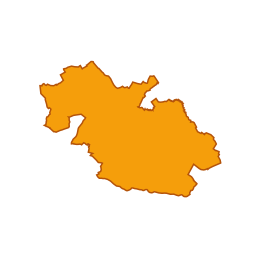 Aiviekstes pag., Plavinu, Latvia, rotated 33°
{"feature_id": "27541924B44380284961438", "entity_name": "Aiviekstes pag.", "entity_type": "district", "adm_level": 2, "iso_a3": "LVA", "parent_name": "Latvia", "parent_adm1": "Plavinu", "projection": "albers", "projection_center": [25.79, 56.661], "detail": "fine", "context": "isolated", "style": "filled", "palette": "amber", "viewbox_px": 256, "rotation_deg": 33, "n_neighbors": 0, "source": "geoboundaries", "source_scale": "gbopen_adm2", "svg_char_len": 5637}
<svg xmlns="http://www.w3.org/2000/svg" viewBox="0 0 256 256"><g transform="rotate(33 128 128)"><path d="M42.3,114.1L44.9,115.3L42.4,120.2L47.8,123.2L46.8,126.9L45.6,128.6L44.9,130.8L44.0,130.5L42.7,133.0L39.9,134.6L36.6,135.1L36.2,136.8L35.3,137.0L33.3,136.6L32.6,137.9L32.8,139.6L31.9,139.8L31.7,140.3L31.2,140.5L36.2,146.6L42.5,148.0L43.2,149.3L46.7,152.3L48.7,154.4L50.6,155.0L51.0,153.9L51.7,153.9L53.1,154.2L54.0,157.7L54.7,158.3L55.1,158.8L54.7,159.6L54.7,162.1L53.9,163.0L54.4,164.6L55.0,165.4L55.6,166.1L56.0,166.9L56.0,167.4L56.6,168.1L56.6,168.7L57.2,169.4L57.1,170.2L56.4,171.3L57.6,171.2L57.8,171.0L58.4,171.2L58.5,171.0L61.5,170.6L62.5,170.8L62.6,170.5L63.1,170.8L67.7,171.6L68.2,171.2L70.0,170.6L72.4,167.0L73.8,165.4L75.1,163.6L77.5,160.6L77.9,160.0L77.8,159.7L78.0,159.1L77.8,158.6L76.6,157.0L76.2,156.3L76.0,155.0L75.7,154.4L74.5,153.6L73.1,151.5L72.3,151.2L72.8,151.0L75.5,147.0L81.2,142.0L86.8,142.5L86.9,143.9L86.5,146.2L86.9,148.6L86.9,149.2L86.4,154.6L86.6,155.6L88.3,159.8L88.7,161.2L89.0,162.8L89.0,163.7L88.1,167.4L88.3,168.6L88.4,170.4L88.7,171.4L89.2,172.1L90.9,170.7L91.1,171.0L93.9,169.7L95.7,168.4L95.8,168.1L97.5,167.3L98.1,167.4L98.2,167.1L98.3,167.1L98.5,166.1L98.8,165.2L98.9,164.5L100.5,164.3L101.7,164.6L102.7,164.5L103.4,164.3L103.6,163.7L103.0,163.6L103.1,163.0L103.4,162.9L104.9,163.0L104.9,163.7L105.5,164.5L105.0,165.0L105.3,165.5L106.5,166.3L107.9,169.9L112.2,168.6L111.5,170.0L111.4,171.6L113.5,171.0L113.8,171.1L119.0,172.2L121.9,173.1L124.6,171.7L125.7,171.5L125.9,173.7L125.9,175.1L126.3,175.3L127.9,177.1L128.3,177.7L128.7,179.3L128.7,179.5L127.3,181.5L128.6,182.3L127.3,184.4L129.1,185.4L131.3,185.8L133.1,184.6L134.6,184.0L135.9,183.1L138.9,182.2L142.2,182.0L146.3,182.7L149.9,182.9L153.1,181.5L154.8,181.8L156.4,181.9L157.5,181.5L160.7,181.4L161.6,180.9L162.7,179.5L163.6,177.9L163.7,176.5L164.2,176.0L164.9,175.6L166.5,175.2L168.4,174.3L171.5,173.3L173.1,172.4L174.7,172.2L175.4,171.6L175.8,170.8L176.3,170.1L177.5,169.3L178.4,169.5L179.3,170.0L179.8,170.2L181.3,170.2L182.9,169.6L183.8,168.8L184.4,167.7L185.0,167.0L189.1,165.7L192.1,164.2L194.1,162.7L195.9,161.7L199.6,160.5L202.5,158.5L205.4,157.9L207.2,157.3L207.6,156.9L208.5,155.6L209.1,154.9L209.9,154.7L211.9,155.0L212.6,154.8L214.2,153.9L214.9,153.0L216.1,149.9L215.8,149.7L215.0,148.7L214.9,146.7L214.6,146.3L215.9,145.1L215.9,143.7L215.7,142.7L215.4,141.9L215.5,141.0L215.6,140.8L215.9,139.8L216.0,138.7L216.3,138.1L215.9,137.8L216.0,137.1L211.8,136.3L211.9,136.1L209.8,135.0L207.8,134.3L203.7,134.3L202.8,122.6L210.0,123.2L211.8,123.1L214.2,122.0L215.4,120.9L216.9,118.8L217.5,119.2L217.9,117.6L220.1,113.9L224.8,106.9L224.6,106.6L222.7,104.7L219.1,102.7L219.0,100.5L218.0,100.4L217.3,98.3L214.0,98.9L213.8,99.2L210.9,99.0L210.8,93.3L210.2,92.9L208.1,91.7L206.0,91.1L205.6,90.7L205.3,89.3L201.2,88.5L196.4,89.4L195.4,90.9L195.4,91.1L195.7,91.3L195.7,91.8L192.2,91.6L192.2,92.8L188.4,93.2L184.6,91.1L185.0,90.0L180.5,87.5L179.5,87.5L178.4,87.9L177.3,88.9L176.7,87.3L176.8,87.2L175.3,87.8L174.3,87.8L172.7,86.3L171.7,86.2L171.0,86.4L170.5,86.2L168.9,84.6L168.5,84.5L168.0,83.4L167.4,83.5L167.5,83.8L167.0,84.1L166.6,83.8L166.5,83.4L165.5,83.3L165.9,82.5L165.5,81.7L165.0,81.9L164.6,81.6L164.0,81.6L163.7,81.0L163.8,80.6L162.9,80.6L162.7,80.2L161.8,79.8L161.7,79.6L161.8,78.9L160.6,78.7L160.5,78.4L160.8,77.6L160.2,77.7L160.2,77.3L159.5,77.4L159.4,77.0L159.0,76.7L158.6,77.3L158.3,77.4L157.7,76.9L157.5,77.4L157.1,76.9L156.5,77.3L156.4,76.9L156.1,76.9L156.0,76.7L155.7,76.7L155.5,77.2L155.1,76.9L155.1,77.1L154.8,77.1L154.6,77.7L154.3,77.6L154.1,77.8L153.9,77.6L153.6,77.5L153.6,77.9L153.2,77.9L153.1,78.1L152.7,78.1L152.6,78.7L152.0,78.8L151.9,78.9L152.3,79.0L152.2,79.5L152.1,80.0L151.5,80.3L151.5,80.5L151.9,80.9L151.8,81.2L151.6,81.4L151.2,81.2L150.7,81.2L150.5,81.5L149.7,81.4L149.6,81.5L149.7,81.9L149.2,82.0L149.0,81.6L148.8,81.6L148.7,81.8L148.3,81.7L148.1,82.1L147.9,82.1L147.7,82.0L147.6,81.7L147.1,81.6L146.7,81.8L145.8,84.9L144.4,85.5L143.3,86.9L141.3,88.6L139.4,89.5L139.0,89.5L135.4,88.0L133.4,93.4L138.7,95.5L138.5,96.3L138.2,96.8L138.4,96.9L138.7,97.3L138.9,97.3L138.9,97.5L138.6,97.7L138.6,97.9L138.8,98.2L138.8,98.9L139.2,99.6L138.7,99.5L138.4,99.6L138.3,100.2L138.1,100.6L137.1,100.5L137.3,100.9L137.0,101.0L136.9,101.3L136.6,101.4L136.3,101.1L136.2,101.4L136.0,101.2L135.7,101.3L135.6,101.6L135.6,102.0L135.3,102.1L135.2,101.8L135.0,101.7L134.8,101.6L134.7,101.6L134.9,101.8L134.4,101.8L134.0,102.3L133.3,102.3L132.7,102.7L132.4,102.9L132.4,103.2L132.2,103.4L132.1,102.9L131.8,102.7L131.9,104.1L128.6,103.2L128.3,103.3L127.1,104.5L125.1,105.0L124.8,104.9L125.7,104.0L125.4,102.2L125.0,101.5L125.1,100.7L125.0,100.0L124.1,94.3L124.6,94.2L124.7,93.7L125.0,93.1L124.9,92.1L125.1,91.8L124.8,91.6L124.4,91.8L124.2,91.5L123.9,91.0L123.6,91.0L123.2,89.4L123.4,89.2L123.7,86.6L124.4,86.1L125.5,84.8L125.4,84.8L125.5,84.3L125.4,82.7L125.5,82.6L125.7,82.0L126.5,80.3L126.5,79.9L126.7,79.2L127.0,78.9L127.2,77.9L127.5,77.4L128.0,76.4L127.9,74.4L128.9,74.5L128.9,73.4L121.5,70.2L120.8,70.6L120.6,71.2L118.3,72.4L118.6,76.1L119.8,79.8L119.0,80.5L116.3,81.0L115.4,80.8L115.1,84.2L111.9,85.5L107.0,86.9L107.3,89.7L107.2,91.2L107.3,94.1L106.7,94.4L105.0,93.9L104.2,95.1L102.9,96.2L100.7,96.0L99.7,98.0L97.7,100.4L95.4,100.5L92.6,99.6L90.3,98.4L86.5,96.1L83.4,95.1L81.2,96.0L80.2,96.2L79.3,96.2L77.3,95.3L75.8,95.2L71.1,93.9L70.6,94.2L63.6,92.1L62.8,91.4L62.3,91.5L60.8,92.4L59.4,97.2L59.0,97.9L59.8,98.4L57.3,103.1L58.0,103.4L57.5,103.4L54.0,101.6L53.5,102.5L53.4,103.6L52.9,104.0L50.1,105.6L46.9,106.9L44.4,109.9L43.7,111.6L42.0,113.2L41.8,113.5L42.3,114.1Z" fill="#f59e0b" stroke="#b45309" stroke-width="1.5"/></g></svg>